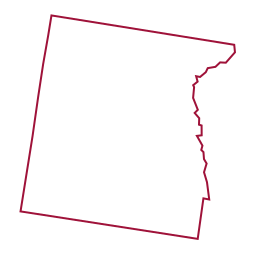 Cattaraugus, New York, United States of America, rotated 99°
{"feature_id": "52423323B48082592169210", "entity_name": "Cattaraugus", "entity_type": "district", "adm_level": 2, "iso_a3": "USA", "parent_name": "United States of America", "parent_adm1": "New York", "projection": "equal_earth", "projection_center": [-78.757, 42.27], "detail": "fine", "context": "isolated", "style": "outline", "palette": "rose", "viewbox_px": 256, "rotation_deg": 99, "n_neighbors": 0, "source": "geoboundaries", "source_scale": "gbopen_adm2", "svg_char_len": 572}
<svg xmlns="http://www.w3.org/2000/svg" viewBox="0 0 256 256"><g transform="rotate(99 128 128)"><path d="M226.6,41.8L185.7,42.5L185.9,36.6L169.2,41.5L159.8,46.0L150.8,44.8L146.8,48.1L140.0,49.7L138.2,52.2L133.8,51.7L125.0,58.7L123.7,54.1L114.0,55.7L113.6,58.4L107.2,59.2L102.7,64.5L99.1,61.9L88.1,68.4L77.3,69.1L75.5,70.3L71.3,66.5L66.2,68.8L66.3,64.8L60.7,59.9L56.4,58.6L53.9,51.2L48.8,47.3L48.2,41.6L36.5,34.2L29.2,36.1L28.8,221.2L49.4,221.3L66.3,221.6L77.9,221.8L110.9,221.6L151.2,221.0L227.2,221.1L226.6,41.8Z" fill="none" stroke="#9f1239" stroke-width="2"/></g></svg>